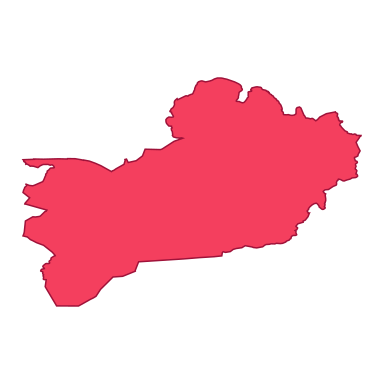 outline of Cirmas pag., Ludzas, Latvia
{"feature_id": "27541924B88018197851327", "entity_name": "Cirmas pag.", "entity_type": "district", "adm_level": 2, "iso_a3": "LVA", "parent_name": "Latvia", "parent_adm1": "Ludzas", "projection": "equal_earth", "projection_center": [27.6, 56.52], "detail": "fine", "context": "isolated", "style": "filled", "palette": "rose", "viewbox_px": 384, "rotation_deg": 0, "n_neighbors": 0, "source": "geoboundaries", "source_scale": "gbopen_adm2", "svg_char_len": 5923}
<svg xmlns="http://www.w3.org/2000/svg" viewBox="0 0 384 384"><path d="M297.9,223.8L303.2,222.2L303.1,221.1L305.3,220.1L308.0,216.7L309.4,213.1L308.5,213.4L308.2,213.1L308.2,212.4L307.3,211.6L307.2,210.8L308.4,209.6L308.7,209.1L308.5,208.6L309.9,206.8L312.1,204.9L314.1,203.7L316.2,203.2L317.0,203.6L317.7,204.3L319.0,206.0L319.1,206.9L321.7,209.1L322.5,209.4L323.5,209.3L325.0,208.3L325.1,207.3L324.4,207.0L324.3,206.6L325.1,204.9L324.5,203.8L324.6,203.5L325.1,203.0L325.2,202.5L325.0,202.3L325.7,200.9L325.7,198.7L325.2,195.0L325.7,193.9L324.5,193.3L323.2,191.6L323.4,191.2L324.4,190.3L325.2,189.8L328.5,189.5L333.2,186.4L336.1,185.2L336.5,184.7L336.6,183.4L336.4,182.7L336.9,181.0L337.9,180.4L338.1,179.5L338.3,179.2L338.7,179.1L340.9,179.7L342.8,180.8L344.1,181.0L347.1,179.9L350.1,179.1L352.2,177.9L355.4,177.6L356.3,177.3L357.1,176.7L357.6,176.2L357.5,175.3L356.8,174.2L355.9,173.9L356.9,170.8L356.2,169.7L355.5,169.3L355.3,168.5L355.5,167.6L356.1,166.2L355.5,165.1L355.6,163.9L357.2,162.8L357.4,162.2L357.0,161.4L355.3,160.7L354.4,158.0L354.5,157.4L356.1,156.9L357.8,156.0L358.0,155.5L358.0,154.7L360.1,150.9L357.8,146.4L356.1,142.3L359.3,137.8L359.4,137.0L360.7,136.3L361.0,135.5L356.4,135.3L356.0,134.4L355.2,134.1L354.5,134.0L353.8,134.3L352.4,134.4L351.9,134.3L351.5,133.9L350.1,133.9L347.4,133.0L347.3,131.9L344.9,130.8L341.4,127.1L340.7,125.9L340.1,125.6L339.8,125.1L339.7,124.6L340.2,123.7L340.3,123.1L340.8,122.7L342.0,122.4L342.4,122.0L342.6,121.3L342.2,121.0L341.6,121.2L340.9,120.9L339.6,121.1L339.3,120.9L339.2,120.2L338.6,120.0L338.6,119.5L338.3,118.9L338.5,118.5L338.0,117.2L337.2,116.7L337.2,115.6L337.6,114.8L337.4,114.4L337.6,113.8L337.2,113.3L335.5,112.5L335.4,111.9L326.3,113.7L319.7,117.1L317.6,119.5L315.8,120.8L312.7,118.5L311.9,118.4L310.7,118.8L307.7,118.1L305.9,118.1L304.4,115.5L304.0,115.3L300.9,108.0L299.5,107.0L297.1,107.6L296.4,108.5L296.1,109.2L296.0,113.8L294.4,115.0L292.0,115.4L290.4,115.2L288.3,114.6L286.8,114.8L283.9,114.7L283.4,114.3L283.4,113.1L283.1,112.2L281.7,110.8L282.0,110.4L281.6,109.7L282.1,109.5L282.2,109.0L281.9,107.7L281.0,105.4L280.4,104.3L279.2,103.3L279.1,102.5L278.4,101.3L278.0,100.9L277.0,100.6L276.9,100.0L276.1,99.3L276.1,98.9L274.4,97.9L273.5,96.8L273.5,96.5L272.9,95.8L271.9,95.5L271.4,94.6L270.8,94.5L269.5,93.5L269.2,93.2L269.4,93.1L269.3,92.6L268.3,92.1L268.5,92.0L268.4,91.6L266.9,91.0L266.4,91.1L266.2,90.6L265.9,90.3L262.7,89.6L262.0,89.0L261.3,87.7L260.6,87.3L257.1,86.8L255.5,87.0L251.9,87.9L251.6,88.8L250.8,89.3L250.9,90.4L251.6,90.7L251.5,91.2L248.6,91.8L248.2,92.1L248.1,92.7L248.3,93.9L248.1,95.2L248.4,96.1L248.3,97.0L247.2,98.1L246.9,98.9L245.6,100.7L244.4,102.1L243.8,102.5L242.5,102.8L240.5,102.2L239.3,101.5L236.6,101.4L236.3,101.2L236.4,100.3L237.9,98.6L238.4,97.7L238.4,96.4L238.7,95.3L239.1,92.5L239.5,92.0L241.5,90.7L242.3,89.8L242.2,89.0L241.4,87.8L241.4,86.6L241.2,86.1L240.2,84.9L238.6,83.8L234.6,81.9L226.8,79.2L223.9,78.6L223.0,78.3L221.0,78.0L217.4,78.0L214.3,79.0L212.2,80.2L209.5,81.1L205.6,81.9L202.0,80.9L200.8,81.0L198.5,81.8L197.3,83.1L197.0,84.6L196.2,85.1L195.9,85.6L194.8,88.2L194.5,90.2L194.1,90.6L192.9,93.5L192.4,94.0L190.7,94.5L188.4,95.5L188.1,96.0L187.8,96.1L186.6,95.8L185.6,95.9L177.7,99.7L177.1,98.6L175.4,100.1L174.6,101.1L174.3,102.2L174.5,104.7L174.0,105.9L173.1,107.5L171.1,109.0L170.5,110.5L169.9,111.1L170.0,111.6L171.6,112.3L171.4,112.9L173.4,116.2L173.4,116.7L173.1,117.0L171.4,117.3L170.0,117.1L168.7,117.1L166.9,118.3L165.9,119.7L166.0,121.9L166.6,123.5L168.8,126.0L171.5,126.2L171.5,127.0L172.1,127.7L172.1,128.0L171.3,128.5L171.3,129.0L171.6,130.5L172.3,131.5L172.7,134.9L172.4,135.4L173.3,136.8L173.9,137.1L176.6,137.8L179.7,138.1L181.6,137.8L182.8,138.2L174.1,141.3L162.0,149.1L160.4,149.6L145.1,149.2L142.5,155.9L136.2,160.7L128.2,162.5L126.5,159.1L124.9,159.5L125.1,160.6L124.0,164.3L116.0,168.8L113.9,170.3L112.3,170.9L111.6,171.6L111.3,171.5L100.9,165.7L95.4,163.3L89.4,161.1L83.5,160.0L83.5,160.3L81.1,159.7L75.1,158.7L67.5,158.6L67.4,159.0L58.5,158.8L43.5,159.2L34.0,159.0L34.1,159.3L23.1,159.7L23.8,160.6L23.7,161.0L23.9,161.6L24.7,161.9L24.9,162.2L25.3,162.3L25.3,162.6L26.1,163.4L26.2,163.7L25.7,164.1L25.8,164.3L26.5,164.0L27.8,164.5L29.3,165.4L30.1,166.2L31.8,166.1L33.7,166.3L37.9,167.6L40.2,165.8L43.0,164.5L48.0,164.4L50.1,165.2L51.9,164.8L52.5,165.0L53.7,166.1L54.3,167.4L54.0,167.8L50.4,168.1L48.7,170.0L47.2,171.1L47.1,172.6L45.7,174.2L45.7,175.6L45.2,176.3L43.9,179.6L42.8,181.6L34.5,185.2L32.7,185.8L29.2,185.4L25.4,183.9L26.4,184.6L26.7,185.3L26.4,185.9L24.7,187.4L24.4,188.5L23.6,190.2L23.0,192.5L29.7,197.8L25.0,203.3L24.8,204.0L26.0,204.2L46.9,210.1L46.2,211.2L44.8,211.7L40.4,216.0L39.5,216.4L35.5,217.0L32.8,216.8L25.4,221.0L24.3,231.8L23.9,233.6L23.0,235.9L27.4,237.0L30.4,239.6L32.6,240.6L36.4,242.6L43.6,245.3L52.2,252.1L54.8,255.0L55.2,255.7L54.2,256.0L51.3,257.8L51.0,258.3L51.0,259.3L50.7,260.0L49.3,261.0L49.1,261.6L49.2,262.2L49.7,262.8L49.5,263.3L48.3,263.6L46.5,263.5L45.6,263.7L43.3,265.6L42.9,266.2L42.9,266.7L43.6,267.7L44.3,268.2L44.4,268.6L41.8,269.2L41.0,270.0L40.7,270.9L41.0,271.3L42.6,271.7L42.8,272.3L42.7,273.8L43.6,274.8L43.4,275.4L43.0,275.9L43.5,276.5L43.6,277.1L43.3,279.0L43.5,279.3L44.1,279.6L46.2,279.7L45.2,286.7L56.6,305.9L78.5,306.0L90.3,299.4L93.2,298.0L96.0,296.3L100.5,289.4L113.0,277.0L122.7,276.3L135.3,271.2L135.2,270.6L138.6,261.8L183.8,258.9L199.7,257.6L214.2,256.7L221.8,255.9L222.3,252.7L223.2,251.7L225.4,252.4L230.3,251.6L233.2,249.4L236.3,248.5L241.9,247.7L245.2,245.7L252.2,247.0L253.3,247.5L256.7,247.9L262.7,246.8L264.7,245.2L266.1,244.5L269.3,244.3L271.2,243.8L274.9,243.9L276.4,243.3L280.4,243.6L282.7,243.3L285.8,242.0L285.9,241.6L287.0,240.9L289.2,240.1L289.8,239.2L290.9,238.6L291.4,236.6L291.8,236.2L293.0,235.5L295.7,235.4L296.6,234.9L296.7,234.6L295.9,232.8L296.0,231.3L295.1,230.5L296.7,229.8L297.6,228.1L297.5,227.6L296.4,226.9L295.9,226.2L297.9,223.8Z" fill="#f43f5e" stroke="#9f1239" stroke-width="1.5"/></svg>